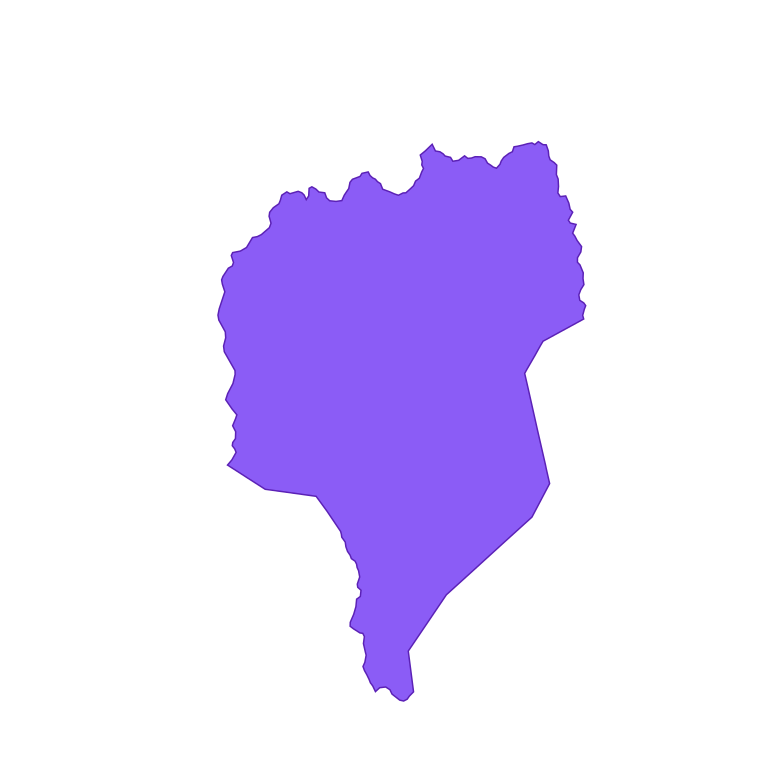 São José do Belmonte, Pernambuco, Brazil (Natural Earth projection), rotated 24°
{"feature_id": "56859067B2829492524896", "entity_name": "São José do Belmonte", "entity_type": "district", "adm_level": 2, "iso_a3": "BRA", "parent_name": "Brazil", "parent_adm1": "Pernambuco", "projection": "natural_earth1", "projection_center": [-38.766, -7.884], "detail": "fine", "context": "isolated", "style": "filled", "palette": "violet", "viewbox_px": 768, "rotation_deg": 24, "n_neighbors": 0, "source": "geoboundaries", "source_scale": "gbopen_adm2", "svg_char_len": 2940}
<svg xmlns="http://www.w3.org/2000/svg" viewBox="0 0 768 768"><g transform="rotate(24 384 384)"><path d="M259.9,238.7L255.8,237.3L252.1,233.4L246.5,235.1L242.4,233.6L237.9,233.2L236.0,235.7L238.7,242.8L238.0,247.2L234.1,243.8L231.1,242.7L227.2,242.9L220.7,248.4L217.1,248.0L213.8,253.1L214.6,258.4L214.7,262.1L211.2,267.9L209.7,273.6L210.8,277.5L215.4,283.1L215.7,287.8L211.2,297.4L208.3,300.9L204.3,303.7L202.9,315.2L198.7,321.0L192.3,325.5L192.2,328.7L197.1,334.2L197.4,337.9L194.7,341.5L193.1,351.2L193.3,354.9L195.7,358.5L201.1,364.5L202.9,382.4L204.3,388.6L207.1,392.8L217.8,400.9L220.6,406.2L222.0,414.6L225.0,419.5L242.4,432.3L244.1,435.8L245.8,445.0L245.1,456.3L245.8,462.8L255.5,468.7L262.1,472.0L262.5,475.9L262.7,483.7L267.9,487.9L270.5,494.3L269.6,498.9L270.5,502.1L274.0,504.0L276.7,506.6L275.9,515.2L274.0,521.7L297.9,525.4L318.3,528.5L367.7,514.2L383.7,523.4L404.3,536.3L406.1,538.5L407.7,541.1L412.9,544.2L415.4,548.2L418.8,551.8L422.7,554.2L425.2,556.8L429.6,557.6L432.2,559.7L434.1,562.6L436.7,564.9L438.4,567.4L440.3,570.2L441.0,577.7L442.7,580.4L446.9,581.8L448.8,587.7L446.5,591.7L448.9,598.8L450.0,606.7L450.1,615.4L451.6,619.1L455.9,620.1L463.3,621.2L466.0,620.4L468.8,622.7L470.8,629.5L473.5,633.1L475.8,636.2L478.0,639.0L479.7,646.0L479.7,650.6L482.7,653.7L486.7,656.7L490.6,660.0L493.1,662.5L496.5,664.4L501.3,668.5L503.6,663.2L508.8,660.1L513.8,660.9L517.4,664.0L520.9,664.9L527.0,666.4L530.9,665.6L533.4,662.5L534.1,658.8L536.2,653.2L514.8,618.1L517.3,604.1L526.7,551.2L541.1,518.6L558.1,479.8L573.3,445.4L575.8,407.6L566.6,395.3L564.4,392.2L542.3,362.8L535.4,353.5L517.6,329.6L508.2,317.1L508.6,312.4L510.3,296.5L511.3,285.3L511.9,280.2L540.0,243.4L537.6,240.5L536.6,234.2L536.4,230.4L533.6,228.7L528.8,227.9L525.7,223.3L525.4,217.8L526.2,211.9L522.9,206.7L520.8,201.4L518.4,199.1L514.6,195.5L511.2,194.1L509.4,190.0L510.1,183.3L508.6,178.1L502.1,174.4L498.2,171.3L495.0,169.5L494.6,160.1L488.7,161.2L485.8,159.4L486.5,150.3L483.0,148.7L479.3,143.6L473.5,138.3L468.8,141.1L465.1,138.7L463.1,132.6L459.7,125.9L456.3,122.6L452.8,113.8L449.4,112.5L444.6,111.6L441.8,108.7L439.3,104.2L434.9,99.5L431.9,100.7L426.4,99.8L424.4,103.9L421.1,103.6L417.4,106.1L413.8,109.1L409.1,112.6L406.3,114.4L406.8,119.6L404.3,122.6L401.2,128.3L400.4,132.6L400.6,136.1L399.0,141.1L395.6,141.4L392.5,140.7L388.7,140.1L384.7,137.1L380.5,136.9L374.8,139.3L372.0,142.0L368.8,143.8L364.8,142.8L361.2,149.3L356.3,152.5L352.6,149.9L347.1,150.9L344.4,149.7L340.6,149.1L336.2,150.2L330.5,145.4L326.9,154.3L324.0,160.1L328.4,165.1L329.4,168.5L332.4,171.0L332.2,175.0L332.6,181.6L330.3,185.8L330.4,190.8L328.8,194.7L326.2,200.5L323.7,201.7L320.4,205.7L316.2,206.1L310.9,206.1L303.6,206.6L299.3,202.4L295.7,201.8L292.8,200.4L289.7,200.3L286.4,199.2L283.3,196.7L278.2,200.5L277.7,204.1L271.9,209.8L270.9,213.6L272.3,219.8L271.6,223.5L270.9,227.7L270.9,233.6L265.9,236.7L259.9,238.7Z" fill="#8b5cf6" stroke="#5b21b6" stroke-width="1.5"/></g></svg>